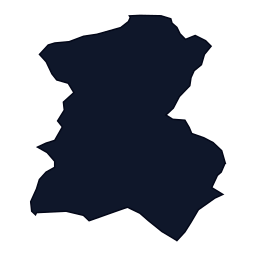 the district of Emmaboda, Kalmar, Sweden
{"feature_id": "70781695B16590141300701", "entity_name": "Emmaboda", "entity_type": "district", "adm_level": 2, "iso_a3": "SWE", "parent_name": "Sweden", "parent_adm1": "Kalmar", "projection": "robinson", "projection_center": [15.568, 56.666], "detail": "fine", "context": "isolated", "style": "filled", "palette": "ink", "viewbox_px": 256, "rotation_deg": 0, "n_neighbors": 0, "source": "geoboundaries", "source_scale": "gbopen_adm2", "svg_char_len": 1027}
<svg xmlns="http://www.w3.org/2000/svg" viewBox="0 0 256 256"><path d="M90.6,220.2L114.0,211.9L127.4,207.2L139.9,213.2L148.5,220.7L161.9,231.5L176.4,240.2L176.9,240.6L184.9,231.9L190.9,222.4L198.4,209.7L214.8,198.1L222.8,194.4L211.7,187.6L217.4,175.4L221.2,172.1L225.0,163.3L225.3,163.3L221.7,150.7L213.1,142.6L203.9,137.8L191.7,133.5L189.2,127.5L184.9,120.2L172.7,119.3L165.9,115.0L173.3,108.1L179.4,96.5L189.8,85.7L191.0,77.6L194.1,70.7L201.4,64.7L204.4,54.4L211.1,46.2L205.6,40.7L195.2,35.5L185.5,39.4L180.0,33.8L176.9,27.4L172.0,23.1L170.8,18.8L161.0,15.8L140.0,15.4L129.4,15.9L130.3,17.5L128.4,21.6L120.7,27.6L96.9,34.3L83.5,36.3L69.2,41.7L54.8,43.0L48.2,45.0L39.5,54.4L46.2,61.8L51.9,73.8L56.7,79.9L68.2,83.2L73.9,92.6L63.4,102.1L64.3,110.1L57.6,120.9L62.4,126.9L54.7,140.4L46.1,143.1L38.1,146.8L37.5,147.1L47.1,152.5L54.7,161.3L54.7,167.3L46.1,172.1L39.4,179.5L36.5,188.9L30.7,201.7L31.7,211.2L35.5,214.8L36.5,212.6L66.1,211.2L83.4,215.3L89.1,220.7L90.6,220.2Z" fill="#0f172a" stroke="#020617" stroke-width="1.5"/></svg>